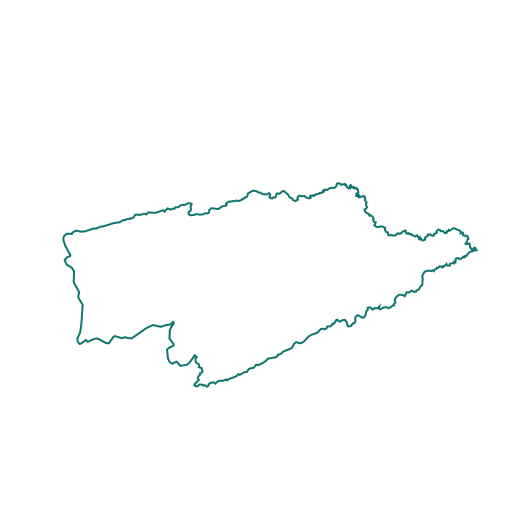 outline of Garzon, Maldonado, Uruguay, rotated 62°
{"feature_id": "84410073B70697898104121", "entity_name": "Garzon", "entity_type": "district", "adm_level": 2, "iso_a3": "URY", "parent_name": "Uruguay", "parent_adm1": "Maldonado", "projection": "natural_earth1", "projection_center": [-54.664, -34.23], "detail": "fine", "context": "isolated", "style": "outline", "palette": "teal", "viewbox_px": 512, "rotation_deg": 62, "n_neighbors": 0, "source": "geoboundaries", "source_scale": "gbopen_adm2", "svg_char_len": 6087}
<svg xmlns="http://www.w3.org/2000/svg" viewBox="0 0 512 512"><g transform="rotate(62 256 256)"><path d="M230.7,159.1L231.1,162.6L230.3,163.1L230.2,164.4L229.6,164.5L229.7,165.5L230.5,165.0L231.2,166.7L230.6,167.4L231.1,168.5L230.2,170.1L230.5,171.1L229.6,174.9L230.3,176.0L229.3,176.7L229.5,177.8L228.2,179.7L228.8,180.4L230.3,180.4L230.1,182.1L227.6,184.4L225.7,185.2L224.5,188.0L223.2,189.2L223.3,191.2L224.3,192.2L225.9,192.6L226.0,195.4L223.7,197.2L221.7,197.2L220.2,198.7L216.4,199.0L211.7,201.0L211.2,202.6L212.2,205.9L210.5,208.2L213.4,211.4L212.1,214.2L212.7,214.9L212.0,215.8L210.3,216.5L208.6,214.6L206.9,214.8L206.4,215.6L206.8,217.3L205.3,220.1L203.7,221.7L202.0,222.3L201.2,224.1L199.2,224.9L196.9,227.8L196.9,233.6L199.3,235.9L199.5,238.1L199.1,238.6L199.7,240.0L199.2,241.0L199.8,241.9L199.3,245.6L197.9,247.0L197.3,250.1L196.4,250.8L196.1,253.0L195.2,254.3L195.7,258.0L197.1,258.0L197.5,258.6L196.2,263.3L196.8,265.8L196.7,267.5L192.9,272.9L193.5,275.7L195.5,277.1L195.8,278.8L194.3,280.9L194.4,283.1L193.2,286.1L191.1,288.8L190.3,292.5L189.1,295.0L187.8,295.6L185.9,295.2L185.3,293.9L185.5,293.0L184.5,291.6L181.8,290.7L180.1,288.5L179.4,288.5L177.5,291.2L177.6,294.5L175.8,298.5L176.5,301.6L175.1,304.4L176.1,305.9L174.9,307.8L175.2,309.2L172.4,311.9L173.9,316.0L172.3,316.3L171.8,317.0L170.9,324.0L166.9,330.8L167.8,333.3L166.5,334.4L165.0,339.8L163.1,342.3L163.1,343.9L164.6,346.0L164.4,348.2L163.7,349.4L164.1,349.9L162.7,353.1L163.0,355.1L162.1,355.8L162.2,360.4L160.2,366.2L158.0,377.5L157.1,379.4L156.7,384.3L155.5,386.6L153.9,395.7L152.2,399.4L149.1,402.9L149.0,407.0L150.1,408.1L147.5,412.5L148.4,416.3L149.7,417.6L152.3,418.8L157.4,419.6L168.1,419.5L168.8,420.3L168.4,423.7L169.7,426.8L174.8,427.2L179.5,424.3L184.1,423.8L192.9,428.9L194.7,429.3L205.0,429.1L208.0,431.8L210.4,432.4L217.8,432.0L234.8,442.6L240.9,447.2L245.1,452.5L247.6,453.4L249.7,453.3L250.9,453.0L251.1,451.8L250.3,445.6L252.8,444.8L253.2,437.6L254.5,434.6L262.2,429.5L264.1,426.9L260.4,419.8L260.6,418.0L265.5,413.2L266.1,410.0L268.5,407.4L270.4,404.3L268.2,386.8L268.6,379.4L273.7,373.5L274.9,367.3L276.3,363.8L275.3,360.2L276.2,359.8L277.2,360.7L278.8,363.9L281.0,366.9L288.3,371.2L295.2,370.1L296.5,371.3L296.1,374.7L296.8,378.5L305.2,381.8L309.1,382.0L311.8,380.6L311.9,376.0L312.3,375.5L317.5,374.4L319.6,368.0L319.1,365.0L314.9,356.6L315.3,356.3L317.5,355.8L317.7,357.3L320.9,358.9L322.5,358.8L324.7,357.3L326.7,357.7L327.4,358.6L329.4,356.7L333.0,357.4L333.8,359.6L333.3,360.6L334.9,361.6L335.1,363.2L336.5,364.8L338.6,364.6L340.5,370.6L341.3,371.0L342.5,370.5L343.4,369.4L343.5,367.9L342.9,366.8L343.2,365.7L344.7,363.6L345.6,363.4L346.1,361.8L348.1,361.0L348.4,360.0L348.2,359.0L346.9,358.0L346.7,356.1L347.5,352.8L349.5,352.0L348.7,347.9L350.9,342.9L350.8,340.9L351.4,339.9L352.2,339.9L351.9,337.7L352.9,330.6L352.8,329.0L351.9,327.5L352.2,326.7L353.3,326.2L353.2,320.7L354.0,318.5L352.3,315.1L353.6,310.2L352.0,307.1L353.3,305.3L353.7,301.3L353.3,296.4L352.2,293.8L354.9,285.4L353.5,283.0L354.1,280.2L353.2,276.9L354.1,267.6L351.5,263.8L351.0,261.6L351.2,260.6L353.4,258.7L354.2,255.9L353.8,253.1L351.9,247.7L351.6,244.3L352.5,237.9L350.9,233.0L351.7,230.9L353.0,229.5L353.0,227.8L351.7,226.1L353.2,222.9L352.1,221.3L352.4,220.4L351.7,219.7L352.3,218.6L350.2,215.2L350.3,214.3L351.2,214.5L351.7,213.4L353.3,212.9L353.4,209.2L354.4,207.4L356.6,207.0L361.2,207.9L362.5,205.2L360.9,202.2L361.5,201.3L361.1,199.9L360.0,198.7L356.8,197.2L355.9,194.3L356.3,193.6L360.7,190.9L360.8,189.1L359.2,186.5L356.7,184.8L355.7,182.2L354.4,182.0L354.2,180.9L355.2,179.1L357.7,178.5L358.2,177.2L357.6,176.0L359.3,173.1L358.5,170.9L359.8,172.0L361.3,171.5L361.3,168.4L362.1,165.2L364.3,163.5L364.5,161.9L364.0,159.5L364.4,157.3L363.4,157.2L362.4,154.7L360.2,154.3L358.1,151.6L357.4,148.0L359.0,145.0L361.3,143.5L358.7,140.0L360.0,138.2L359.6,134.9L361.7,133.6L362.6,131.5L361.8,130.5L362.0,128.1L360.0,124.9L359.8,123.0L354.3,119.4L351.9,118.8L349.0,114.5L349.8,110.8L351.5,108.3L351.5,106.8L352.9,106.0L352.0,105.1L351.9,102.8L351.3,101.9L352.1,101.2L351.3,98.6L352.7,97.3L352.7,96.5L353.5,96.8L353.7,95.7L352.4,91.6L353.9,92.0L355.5,89.5L353.8,88.3L354.9,85.3L355.7,84.4L355.4,83.8L354.2,83.8L355.1,82.7L352.5,81.3L352.1,79.8L352.9,78.4L353.9,78.3L354.7,76.1L354.5,74.2L353.9,73.5L355.0,72.8L355.0,71.7L354.2,71.5L354.6,69.7L353.6,68.5L352.8,65.0L353.2,62.8L353.6,62.6L353.2,60.7L354.1,59.8L354.3,58.6L353.4,59.1L353.0,58.6L351.6,58.7L351.1,59.7L352.2,61.3L351.6,62.3L348.8,62.8L345.2,61.7L344.3,64.6L343.5,65.2L342.4,63.0L340.8,61.6L340.6,60.3L338.1,60.0L337.2,60.4L337.2,61.3L336.3,61.5L335.1,63.4L332.6,62.4L332.2,64.7L331.1,63.7L329.8,63.9L324.4,68.1L324.1,69.4L324.6,72.2L324.3,73.4L323.5,73.6L324.3,74.5L323.8,76.1L324.9,76.6L324.8,78.3L321.5,79.4L320.9,81.3L319.2,81.5L318.3,82.6L319.0,85.2L320.1,85.4L320.6,86.7L320.0,88.1L321.6,89.7L319.6,92.0L318.8,91.9L317.7,94.4L318.8,94.8L319.2,98.3L321.0,99.0L320.5,101.7L319.4,101.8L318.2,103.5L317.8,102.7L317.2,103.8L316.0,102.6L315.6,104.0L313.3,104.2L313.6,106.1L310.4,108.7L309.2,108.8L308.9,110.2L307.2,110.7L307.5,111.7L306.5,112.6L305.5,112.8L304.0,111.9L303.5,112.3L303.3,115.3L304.2,117.7L303.2,119.2L303.4,119.7L302.3,120.6L303.4,123.1L302.1,125.7L300.7,126.8L300.6,128.5L299.9,129.3L297.2,128.4L296.3,129.6L293.7,130.0L291.8,128.7L291.6,129.4L289.9,130.0L288.6,131.4L287.9,134.3L286.9,135.9L284.7,137.1L282.5,134.5L281.5,135.7L279.4,135.7L278.9,134.9L276.3,134.5L273.7,135.7L273.8,136.8L271.6,136.8L268.9,138.7L266.7,138.6L265.8,138.2L266.1,137.6L265.2,135.0L263.2,135.1L261.4,134.2L260.7,133.2L257.9,133.6L256.8,133.2L256.7,132.5L255.0,132.1L253.4,132.9L253.8,133.4L252.6,136.5L250.9,136.6L252.1,137.7L250.7,138.0L250.1,139.2L249.5,138.3L248.4,138.2L249.1,137.5L248.4,137.3L247.7,135.6L244.9,134.9L243.9,135.8L243.0,135.5L242.2,137.9L241.1,137.3L240.1,139.0L237.8,139.1L237.9,140.1L238.9,140.7L239.6,140.3L240.5,141.1L239.5,142.7L237.8,143.4L236.8,143.0L235.7,143.8L235.5,143.2L234.2,143.5L233.0,147.6L231.9,147.6L230.2,149.4L230.4,150.8L232.1,152.5L232.7,154.4L230.7,159.1Z" fill="none" stroke="#0f766e" stroke-width="2"/></g></svg>